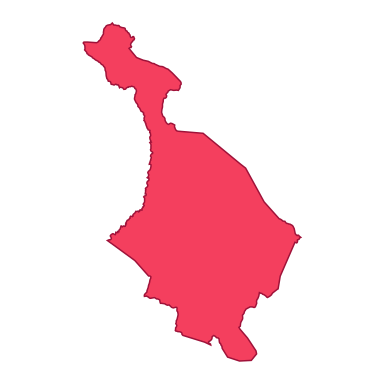 outline of Morro do Chapéu, Bahia, Brazil
{"feature_id": "56859067B34698024816955", "entity_name": "Morro do Chapéu", "entity_type": "district", "adm_level": 2, "iso_a3": "BRA", "parent_name": "Brazil", "parent_adm1": "Bahia", "projection": "natural_earth1", "projection_center": [-41.297, -11.376], "detail": "fine", "context": "isolated", "style": "filled", "palette": "rose", "viewbox_px": 384, "rotation_deg": 0, "n_neighbors": 0, "source": "geoboundaries", "source_scale": "gbopen_adm2", "svg_char_len": 5959}
<svg xmlns="http://www.w3.org/2000/svg" viewBox="0 0 384 384"><path d="M107.4,240.5L134.8,260.5L148.6,276.0L149.9,276.0L150.8,276.6L150.8,278.0L150.0,279.9L149.4,283.1L148.6,285.2L148.2,287.4L147.0,290.7L146.9,292.0L144.6,294.4L144.3,295.4L144.4,296.4L146.6,296.1L148.2,297.0L149.6,298.1L150.5,298.3L154.3,297.6L155.1,297.9L156.5,298.9L157.5,298.9L159.0,299.5L159.7,300.0L160.1,302.3L160.5,303.3L161.5,303.3L164.8,303.8L165.6,304.4L167.3,305.2L169.2,305.0L171.6,307.3L172.6,307.7L173.4,307.9L175.5,307.3L176.7,307.4L177.1,308.2L176.9,310.1L177.0,311.0L177.7,311.9L178.1,314.2L178.0,315.3L177.0,319.5L176.3,320.7L176.2,322.6L175.8,323.7L176.6,324.9L176.8,325.6L176.2,327.2L175.6,327.9L175.6,329.3L175.3,330.4L175.7,331.0L176.8,331.2L177.7,331.6L180.0,331.8L181.5,332.5L181.9,333.4L182.0,334.4L182.9,335.4L204.5,342.1L210.7,345.0L210.5,344.1L209.9,343.6L208.6,342.9L208.5,342.1L208.9,341.5L209.8,341.1L211.4,339.7L211.9,338.7L212.2,336.6L213.8,335.5L215.5,336.5L216.4,337.6L218.4,338.1L219.0,338.8L219.4,342.2L219.8,343.1L220.5,343.5L221.2,345.4L221.9,346.2L222.2,348.4L227.6,357.1L239.5,361.0L251.3,360.4L256.6,353.9L256.0,350.9L247.5,338.0L240.0,329.2L238.9,327.3L240.3,326.2L240.6,323.2L241.0,322.0L242.5,319.2L242.7,318.1L242.5,315.1L243.2,314.4L244.0,313.3L244.5,311.3L245.2,310.5L245.8,309.3L246.9,308.6L250.1,306.9L252.2,306.9L254.1,307.5L255.3,306.9L256.7,303.4L256.5,301.2L257.0,299.5L257.7,298.8L258.8,296.0L259.4,292.6L260.8,293.3L261.8,293.4L262.8,294.3L264.2,294.8L265.8,296.0L266.9,297.2L267.5,297.5L269.8,296.2L271.5,294.8L272.0,293.8L272.6,293.0L277.3,289.3L278.1,288.9L280.2,276.2L294.5,243.3L294.9,242.3L296.7,242.9L297.2,242.4L297.5,241.7L297.3,240.8L297.5,239.8L298.3,239.7L299.1,239.2L299.5,238.1L300.8,237.4L299.3,236.2L298.6,235.3L297.9,235.1L297.2,235.6L296.4,235.1L295.2,233.6L294.2,228.7L293.0,226.2L292.1,225.3L289.9,224.1L288.7,224.0L287.8,223.5L286.6,223.4L285.6,222.4L284.9,221.3L283.5,221.2L282.4,220.8L281.9,220.1L280.3,219.1L279.2,218.8L264.1,201.9L245.6,168.1L240.7,164.3L203.1,133.3L178.0,131.2L176.9,130.9L176.1,130.3L175.1,128.6L175.0,127.9L174.5,127.1L174.7,125.0L172.2,123.6L170.7,123.2L169.9,123.5L168.7,124.4L167.4,123.9L166.4,122.8L165.4,121.2L165.0,120.0L165.0,118.9L164.6,117.9L164.2,117.3L162.8,116.1L161.6,112.4L161.9,109.5L162.5,107.0L162.5,104.0L163.2,101.7L163.3,99.7L164.0,98.2L165.5,98.1L166.4,97.2L166.7,95.8L166.0,94.8L166.3,93.8L167.9,92.1L168.2,91.1L170.6,89.7L173.7,90.4L176.6,90.1L178.4,90.4L179.9,88.0L180.1,87.2L180.1,85.4L181.1,84.3L181.1,82.9L180.5,81.5L172.3,73.0L168.1,69.2L165.9,68.4L163.5,67.0L162.0,66.5L161.0,66.5L159.4,66.2L155.0,64.2L154.2,63.6L152.3,63.4L148.2,61.3L143.2,60.2L136.5,57.5L129.0,48.4L129.6,47.8L130.3,47.5L131.0,47.5L131.5,46.7L130.8,45.5L130.6,44.4L131.0,43.3L131.7,42.2L132.5,41.6L133.1,40.3L134.1,39.8L134.5,38.7L133.6,36.6L132.8,36.6L132.2,37.3L130.9,37.5L130.4,36.8L130.0,35.0L129.3,34.2L129.0,33.3L128.5,32.8L127.8,32.6L126.9,31.0L126.0,30.7L125.4,29.7L125.1,28.4L124.1,27.9L121.7,27.5L120.5,27.0L119.7,26.7L119.0,25.6L118.1,25.4L117.2,25.6L115.5,25.1L113.8,25.0L112.3,23.0L110.6,24.6L107.8,25.1L106.3,25.8L105.1,27.6L104.4,28.2L103.9,29.2L103.4,32.4L103.5,33.2L103.3,34.4L102.7,35.1L101.3,37.7L100.7,38.1L100.7,38.9L100.2,39.7L99.6,40.4L98.8,40.9L98.3,41.7L97.6,42.2L96.6,42.7L87.9,42.1L83.9,42.1L83.2,43.0L84.4,44.6L84.9,46.1L85.0,49.0L84.6,49.9L86.7,52.3L87.0,53.6L87.9,54.1L88.4,54.9L92.0,56.9L92.5,57.8L94.2,58.8L95.6,60.0L97.9,61.1L98.8,62.1L99.8,62.4L101.4,64.3L103.0,65.2L103.8,66.6L104.7,67.3L105.1,68.9L105.1,70.0L105.9,71.9L106.2,75.8L106.9,78.7L107.6,79.3L108.3,81.2L109.5,81.3L110.5,81.9L111.2,84.3L112.7,84.5L113.5,84.9L114.5,84.9L115.4,84.3L116.1,84.3L117.2,85.0L117.9,84.7L118.6,85.3L119.5,87.7L120.0,87.2L122.6,87.7L123.9,89.4L125.6,89.1L126.1,88.3L127.6,87.2L128.3,87.3L128.8,86.7L130.5,86.7L131.6,86.2L133.9,86.9L134.5,87.4L134.9,88.5L135.8,89.0L136.5,91.0L136.2,91.8L135.8,93.7L135.0,94.8L135.0,96.0L134.5,98.2L134.5,99.2L135.7,101.8L136.3,102.9L137.0,103.5L137.9,105.1L137.9,106.4L139.6,108.1L141.1,111.3L142.7,111.9L143.1,112.6L143.7,113.1L143.4,114.1L144.0,115.2L144.6,115.8L144.5,117.1L144.0,118.1L144.3,119.3L143.9,120.5L144.7,121.1L145.1,122.0L145.2,122.8L145.8,123.3L145.9,124.6L147.3,128.4L147.9,129.0L148.1,129.8L149.9,130.4L149.7,132.6L150.3,132.9L150.7,135.3L150.5,136.1L149.8,137.1L149.9,138.4L150.2,139.7L150.8,140.7L150.6,141.5L151.3,142.1L150.7,142.5L149.9,142.6L150.9,144.3L151.0,145.4L150.9,147.2L151.0,148.4L150.5,149.7L150.8,150.7L151.3,151.4L152.4,152.0L152.7,152.8L152.5,153.6L151.7,153.8L150.8,155.0L150.5,156.1L151.3,157.3L151.1,158.5L150.7,159.3L150.7,160.4L150.1,161.2L150.1,162.2L149.5,163.2L149.3,164.3L150.1,164.2L150.9,164.6L151.0,165.9L150.9,166.9L150.4,169.1L149.9,170.0L148.3,171.5L147.8,172.5L148.2,173.8L148.7,174.5L148.6,175.6L148.2,176.7L147.2,177.7L147.9,178.1L148.7,178.0L148.9,178.8L148.9,180.0L148.4,180.7L147.6,181.2L147.0,182.2L146.9,183.3L147.2,184.1L147.8,185.0L147.6,186.3L146.9,187.2L145.9,187.9L145.4,188.8L145.9,189.8L145.5,190.5L145.6,191.5L145.2,193.8L145.9,193.8L146.2,194.8L145.7,195.7L144.8,195.9L144.1,196.3L143.7,196.9L144.6,198.1L144.6,201.3L144.4,202.5L143.6,203.4L143.2,204.2L143.9,205.0L144.2,205.7L143.0,206.7L143.1,207.4L142.4,208.0L141.9,208.8L142.0,210.0L141.1,210.1L140.1,209.8L139.7,210.5L139.5,211.4L138.9,211.7L138.9,211.0L138.1,211.4L137.5,211.2L136.7,211.6L135.9,211.3L134.8,213.1L133.5,214.1L132.8,215.2L133.1,215.9L132.4,216.6L130.7,216.2L130.0,217.1L130.0,218.3L129.3,218.7L128.8,219.7L127.4,220.2L126.7,221.2L126.3,222.3L125.8,223.0L126.3,223.8L125.6,224.1L125.7,225.3L125.2,226.3L124.5,226.4L123.9,225.9L122.3,226.8L121.7,226.0L121.0,226.0L120.4,228.2L120.0,229.2L119.2,229.9L118.8,230.8L118.8,231.7L117.7,231.5L117.7,232.6L115.8,232.3L115.7,233.8L115.1,234.7L113.6,233.9L112.9,233.7L112.1,234.0L110.9,234.9L110.3,235.8L110.5,236.6L111.0,237.1L111.3,237.9L111.3,238.8L110.8,239.4L110.1,239.8L109.3,239.7L107.4,240.5Z" fill="#f43f5e" stroke="#9f1239" stroke-width="1.5"/></svg>